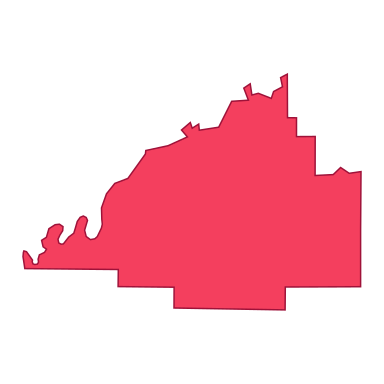 Gibson, Indiana, United States of America
{"feature_id": "52423323B43941420318175", "entity_name": "Gibson", "entity_type": "district", "adm_level": 2, "iso_a3": "USA", "parent_name": "United States of America", "parent_adm1": "Indiana", "projection": "mercator", "projection_center": [-87.738, 38.349], "detail": "fine", "context": "isolated", "style": "filled", "palette": "rose", "viewbox_px": 384, "rotation_deg": 0, "n_neighbors": 0, "source": "geoboundaries", "source_scale": "gbopen_adm2", "svg_char_len": 1183}
<svg xmlns="http://www.w3.org/2000/svg" viewBox="0 0 384 384"><path d="M287.3,74.1L280.6,77.6L282.5,86.8L273.6,91.5L271.3,98.4L258.3,93.3L251.9,95.0L250.2,83.8L243.8,88.1L248.4,100.2L231.7,101.3L218.7,127.2L199.3,130.2L198.7,124.1L192.2,128.2L190.3,122.5L181.5,130.0L187.4,136.9L168.1,145.7L145.8,150.5L145.4,154.0L138.1,164.2L127.9,178.4L114.8,183.4L106.5,193.8L101.5,207.9L101.8,219.2L102.3,224.2L101.4,228.1L97.3,236.6L94.8,238.8L90.4,239.6L86.2,236.5L84.6,230.2L87.5,220.4L86.2,217.5L83.3,216.0L80.2,217.3L77.3,221.4L75.3,228.3L73.8,233.2L68.8,237.0L63.4,243.9L61.2,244.2L58.8,243.0L58.0,239.2L59.9,235.1L62.7,230.7L63.0,226.6L59.4,224.2L55.1,224.7L48.9,228.7L46.4,237.3L41.6,240.3L43.1,246.8L46.5,249.2L44.5,252.4L39.4,254.8L38.1,259.1L38.5,262.2L37.4,264.1L34.8,264.5L33.0,263.9L32.2,261.7L32.5,260.1L26.5,251.7L23.9,250.9L23.7,251.5L23.4,252.3L23.0,256.6L23.8,261.8L24.8,268.6L118.3,269.5L118.1,286.6L174.1,287.2L174.0,308.0L285.1,309.9L285.3,287.0L341.4,286.8L360.6,286.7L360.6,258.3L360.6,230.4L361.0,171.6L349.2,173.3L340.6,167.5L333.2,174.6L315.1,175.5L315.2,136.5L296.5,136.6L296.5,117.8L287.5,117.7L287.3,74.1Z" fill="#f43f5e" stroke="#9f1239" stroke-width="1.5"/></svg>